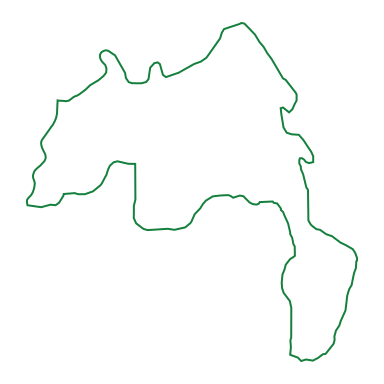 Ixchiguán, San Marcos, Guatemala
{"feature_id": "79465075B80517752911806", "entity_name": "Ixchiguán", "entity_type": "district", "adm_level": 2, "iso_a3": "GTM", "parent_name": "Guatemala", "parent_adm1": "San Marcos", "projection": "equal_earth", "projection_center": [-91.922, 15.132], "detail": "fine", "context": "isolated", "style": "outline", "palette": "green", "viewbox_px": 384, "rotation_deg": 0, "n_neighbors": 0, "source": "geoboundaries", "source_scale": "gbopen_adm2", "svg_char_len": 3003}
<svg xmlns="http://www.w3.org/2000/svg" viewBox="0 0 384 384"><path d="M334.6,340.0L334.4,336.1L335.3,333.2L335.9,330.7L339.3,325.6L340.8,320.9L345.5,310.4L347.3,295.3L349.2,289.2L351.6,285.1L354.0,273.3L355.9,268.1L356.3,261.4L357.0,260.7L357.1,258.1L355.2,252.9L352.8,249.2L346.1,245.3L340.5,242.6L332.0,236.2L326.2,234.2L320.0,229.8L316.5,229.2L313.0,226.6L310.8,224.6L308.4,220.5L308.0,190.0L306.3,187.3L303.2,174.5L300.9,169.1L300.8,166.4L299.3,163.5L299.3,160.1L299.9,158.3L302.0,158.2L304.4,159.9L305.8,161.9L309.1,163.1L313.2,162.1L313.2,156.2L311.1,151.6L308.1,147.2L303.3,139.9L298.8,134.8L291.6,134.3L286.7,132.7L283.5,127.4L281.3,113.8L280.7,108.2L283.0,107.5L289.1,112.4L292.4,109.2L294.5,104.4L296.6,100.5L296.6,94.4L295.7,92.7L285.7,79.9L283.0,78.4L271.6,59.0L270.5,57.5L267.2,53.1L263.7,47.0L259.4,41.9L255.0,34.6L249.4,28.7L244.4,23.6L241.4,23.0L239.5,24.0L231.5,26.6L224.0,29.1L221.7,33.0L220.1,38.4L208.1,55.4L206.3,57.8L200.9,61.6L194.1,64.0L178.7,72.7L165.9,77.1L162.9,74.8L159.9,64.1L157.7,62.4L154.3,63.2L150.2,67.7L148.5,79.2L146.2,82.0L141.3,83.3L132.1,83.2L128.7,82.1L125.9,78.0L125.1,73.0L115.1,55.4L108.4,50.9L106.9,50.4L105.4,50.4L104.2,50.7L102.2,51.7L101.3,52.5L100.1,54.4L99.9,55.9L100.2,58.2L101.1,60.2L102.2,61.8L105.4,65.2L106.5,68.8L106.1,72.7L103.6,75.9L98.5,80.2L90.0,85.3L85.8,89.4L80.3,93.6L77.6,95.4L73.9,96.8L71.1,99.0L68.7,100.7L65.8,101.2L62.5,100.8L59.2,100.7L57.6,100.4L57.2,108.6L57.0,113.7L56.1,117.9L54.8,121.1L52.8,124.9L51.3,126.8L48.0,131.5L44.1,137.0L41.8,140.2L41.1,142.4L41.2,144.2L41.7,146.7L42.7,149.3L45.1,154.0L45.7,156.7L45.7,158.1L44.9,160.2L44.3,161.3L42.6,163.1L40.4,165.5L37.4,168.0L35.7,169.6L34.4,171.2L33.5,173.6L33.0,175.4L33.1,177.7L34.2,180.9L34.8,182.9L34.4,186.8L33.7,189.7L32.7,192.4L31.9,193.9L30.8,195.5L29.1,197.2L27.6,199.0L27.0,200.2L26.9,201.6L27.2,204.1L27.6,205.3L30.0,205.6L41.2,207.2L50.4,204.7L55.6,205.2L59.1,202.7L61.5,198.8L63.4,195.8L63.7,194.0L67.6,193.7L74.7,193.1L78.1,194.2L84.9,194.2L92.9,191.4L100.2,185.5L101.0,184.6L102.1,182.9L105.3,176.8L106.3,175.2L108.0,169.8L109.8,165.8L113.6,162.3L117.5,161.3L128.3,163.8L135.2,163.9L135.4,199.6L133.9,205.7L133.8,218.1L136.1,223.3L140.5,226.7L143.7,229.0L147.6,230.1L167.7,228.8L174.4,229.8L185.2,227.4L190.2,223.3L191.3,221.9L194.7,214.2L200.4,208.2L202.6,204.4L205.9,200.6L212.7,196.4L220.3,195.5L228.1,195.1L230.5,195.9L233.1,197.7L239.8,195.6L243.4,196.2L245.0,197.9L249.6,202.5L252.8,204.1L256.4,204.6L258.8,203.7L259.7,202.1L272.6,201.5L273.7,202.8L277.2,203.5L280.9,208.5L280.9,210.0L283.1,212.0L284.1,214.7L288.1,223.5L290.1,232.0L290.2,234.0L292.2,237.9L293.4,244.1L294.7,246.4L294.9,255.8L293.0,257.3L290.2,259.0L286.8,263.3L285.7,264.8L284.6,269.2L283.5,272.1L282.5,274.3L281.7,282.8L282.1,288.1L283.6,292.8L289.8,301.0L291.3,307.9L291.2,337.4L290.4,340.4L290.9,347.1L290.2,354.8L297.9,357.6L301.2,361.0L306.0,359.5L312.9,360.6L318.1,357.9L322.8,354.3L325.6,353.9L331.2,346.8L333.6,343.8L334.6,340.0Z" fill="none" stroke="#15803d" stroke-width="2"/></svg>